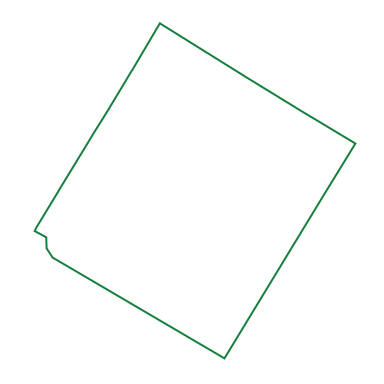 Cass, Michigan, United States of America (Albers equal-area conic projection), rotated 121°
{"feature_id": "52423323B82095685112080", "entity_name": "Cass", "entity_type": "district", "adm_level": 2, "iso_a3": "USA", "parent_name": "United States of America", "parent_adm1": "Michigan", "projection": "albers", "projection_center": [-86.005, 41.915], "detail": "fine", "context": "isolated", "style": "outline", "palette": "green", "viewbox_px": 384, "rotation_deg": 121, "n_neighbors": 0, "source": "geoboundaries", "source_scale": "gbopen_adm2", "svg_char_len": 457}
<svg xmlns="http://www.w3.org/2000/svg" viewBox="0 0 384 384"><g transform="rotate(121 192 192)"><path d="M153.9,306.1L165.7,306.1L193.0,306.6L202.0,306.6L249.4,306.9L257.0,307.0L258.6,306.9L302.9,307.1L306.5,306.7L305.9,293.6L315.2,287.6L320.0,277.7L317.9,78.5L129.3,77.5L66.3,76.9L66.3,140.9L65.7,204.2L64.0,306.4L68.7,306.4L90.0,306.2L118.0,306.0L119.3,306.1L119.6,306.1L140.8,306.1L153.9,306.1Z" fill="none" stroke="#15803d" stroke-width="2"/></g></svg>